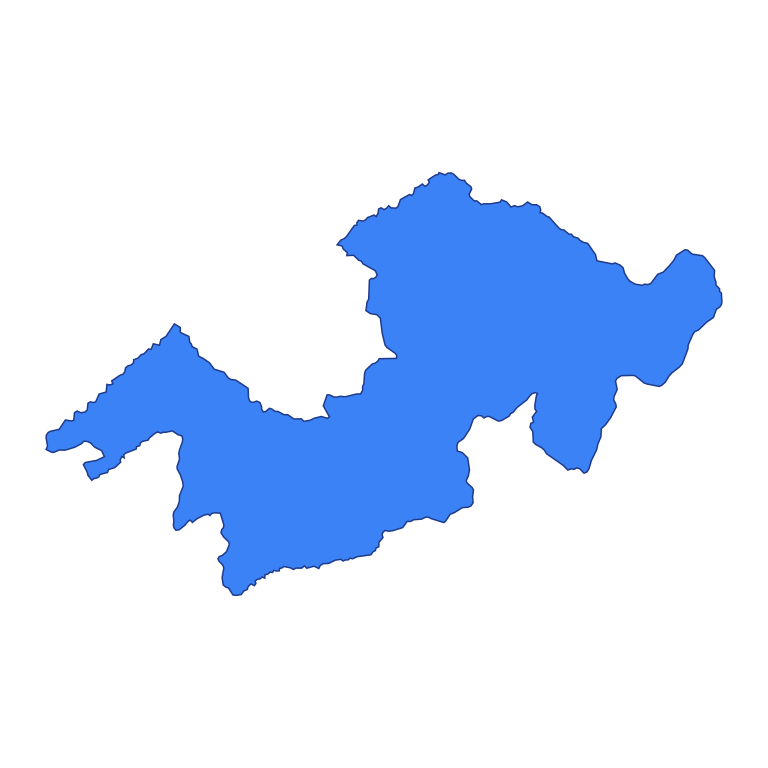 outline of Coração de Jesus, Minas Gerais, Brazil
{"feature_id": "56859067B17477073660102", "entity_name": "Coração de Jesus", "entity_type": "district", "adm_level": 2, "iso_a3": "BRA", "parent_name": "Brazil", "parent_adm1": "Minas Gerais", "projection": "orthographic", "projection_center": [-44.426, -16.615], "detail": "fine", "context": "isolated", "style": "filled", "palette": "blue", "viewbox_px": 768, "rotation_deg": 0, "n_neighbors": 0, "source": "geoboundaries", "source_scale": "gbopen_adm2", "svg_char_len": 6080}
<svg xmlns="http://www.w3.org/2000/svg" viewBox="0 0 768 768"><path d="M337.1,244.8L342.0,245.9L343.3,249.1L347.3,252.6L346.8,255.6L353.6,255.3L358.6,260.2L361.4,261.2L362.9,263.8L375.2,270.7L377.2,274.6L375.8,277.3L373.9,278.5L371.4,278.5L369.4,280.1L368.7,299.2L367.1,301.9L365.9,310.6L370.3,313.6L377.0,314.7L380.4,318.3L382.2,333.2L385.1,345.1L386.9,347.4L395.4,353.5L396.7,355.5L396.5,358.4L379.2,358.7L378.0,360.9L375.5,363.0L372.3,364.0L367.5,368.4L365.5,370.5L364.5,374.0L363.9,383.7L362.6,386.6L362.6,390.4L360.5,393.9L356.5,394.0L345.2,396.8L340.2,396.3L337.0,397.1L334.3,397.1L329.4,394.9L327.1,394.9L323.3,405.8L329.4,416.8L327.4,418.3L321.3,416.5L314.3,418.2L310.0,420.3L303.8,421.3L301.4,418.8L294.1,419.0L287.7,414.7L284.0,414.7L278.1,411.5L274.8,411.3L272.2,409.2L269.4,408.3L265.6,411.6L263.1,411.8L261.7,409.6L261.5,406.6L259.9,402.5L256.7,401.1L253.5,402.3L251.1,402.1L249.4,400.5L248.5,397.5L248.1,388.3L235.8,380.1L230.9,379.5L228.5,378.2L224.0,372.2L214.2,369.2L209.5,362.8L203.3,358.5L198.7,356.2L197.0,349.2L192.1,346.6L191.4,344.0L189.8,342.4L188.9,336.4L180.4,332.5L180.3,327.5L174.4,323.9L166.0,336.4L160.9,339.5L159.5,345.2L153.3,343.8L151.2,349.3L148.5,349.0L144.1,353.7L141.2,354.6L137.9,358.2L133.7,359.7L133.5,362.7L131.2,365.0L128.0,365.8L125.5,367.8L124.9,371.5L123.2,374.0L119.6,375.5L111.7,380.9L112.8,383.8L110.5,384.9L106.9,384.4L106.2,392.0L99.2,394.0L95.6,402.0L92.8,402.5L90.4,401.8L88.0,403.2L87.2,410.0L84.7,412.2L80.5,412.7L77.2,411.0L74.5,412.6L73.8,420.2L71.6,421.0L65.4,420.0L59.2,429.3L50.3,431.3L48.1,432.5L46.3,435.2L46.1,437.7L47.5,446.0L46.1,449.5L51.1,452.0L53.5,452.5L59.3,450.0L64.9,450.2L74.9,447.2L81.7,443.5L83.8,441.3L87.2,441.4L90.5,442.9L94.8,447.2L101.7,450.7L104.4,456.7L96.6,460.4L85.1,462.5L83.4,464.6L87.4,472.6L87.8,475.1L91.8,480.3L93.9,478.6L96.9,478.0L98.8,476.8L99.9,474.5L107.5,472.5L108.6,469.5L114.3,467.8L116.5,466.1L120.7,462.1L120.2,459.8L121.8,456.5L124.2,457.8L123.7,455.4L125.2,453.3L136.1,449.1L136.6,446.7L139.7,445.7L140.5,442.8L142.6,441.3L148.2,440.1L149.4,437.9L155.5,432.9L157.8,432.0L160.9,433.2L163.1,432.2L165.8,432.3L172.3,430.9L178.0,434.7L181.9,435.9L182.7,438.9L182.3,442.2L179.4,450.2L178.8,453.4L179.5,459.2L177.0,466.6L177.2,469.0L180.4,475.0L182.8,482.2L183.2,486.3L179.5,495.4L179.3,501.5L177.5,506.9L173.8,512.1L173.2,515.0L173.8,520.5L173.4,525.6L174.1,528.0L176.0,530.3L179.3,529.7L184.9,525.2L188.0,521.4L190.3,520.1L192.4,522.4L197.2,518.6L203.8,515.2L208.2,514.2L210.0,515.6L211.6,513.5L214.3,512.8L220.3,513.2L223.9,525.0L223.4,527.7L221.7,529.7L221.0,532.8L223.8,537.2L228.6,541.8L229.4,544.3L226.5,551.6L222.4,555.4L219.2,556.6L217.9,558.8L219.2,561.4L222.9,565.3L223.8,568.1L222.1,577.5L223.2,584.9L225.7,587.1L228.5,588.0L232.9,594.9L236.0,595.4L241.3,594.5L243.6,591.1L247.3,589.5L248.1,586.6L251.1,583.9L254.3,585.7L255.9,583.6L255.1,581.0L257.3,579.4L260.1,578.9L262.1,577.0L264.7,578.2L265.0,574.7L267.7,574.2L270.2,572.1L272.6,572.5L273.7,570.3L276.8,571.1L279.3,570.8L279.6,568.4L282.0,567.9L284.0,566.5L290.3,567.8L293.4,569.5L295.9,568.1L301.8,568.1L304.4,565.9L306.8,568.2L314.1,566.2L318.8,568.5L320.3,565.4L323.1,563.7L328.7,563.4L335.3,560.2L340.8,559.3L343.1,561.0L345.3,560.0L348.0,559.9L350.2,558.2L352.6,558.8L357.2,556.7L370.9,554.8L373.0,551.8L375.5,550.5L375.9,548.1L378.8,546.8L378.9,542.3L383.0,537.5L382.1,535.1L382.7,532.6L385.0,530.5L389.0,531.2L392.7,530.7L402.7,527.6L407.1,521.5L410.8,521.4L413.5,519.8L421.7,519.1L425.8,517.1L428.6,517.2L430.5,518.4L443.9,522.6L445.7,521.1L450.1,514.3L454.6,512.5L462.2,507.7L468.1,507.2L470.9,506.0L473.1,502.8L472.6,496.7L473.5,490.2L472.2,487.6L467.0,482.9L466.2,480.7L468.3,476.0L469.5,469.9L467.7,457.9L462.3,452.6L457.2,450.9L456.9,446.0L457.9,442.4L463.2,438.8L464.7,436.8L469.8,429.0L473.3,419.0L477.8,415.6L481.3,415.7L484.0,418.0L486.8,416.4L489.3,416.5L498.3,421.1L501.4,420.6L509.2,416.1L510.5,413.7L513.4,412.1L517.0,407.5L526.7,400.0L529.7,395.9L532.1,393.7L535.0,392.6L537.5,393.4L536.4,395.7L534.8,405.4L535.0,409.1L536.6,411.4L532.3,417.1L533.6,422.1L530.8,423.4L530.0,427.3L532.8,431.6L533.3,442.0L535.6,444.4L541.7,447.8L544.4,450.2L546.5,453.7L563.0,465.2L567.9,470.1L571.2,468.8L574.4,469.3L576.6,467.8L579.8,468.8L584.0,473.2L587.0,471.9L589.0,468.7L591.3,460.7L596.6,449.9L597.9,444.0L600.9,436.7L601.4,428.5L605.6,424.7L610.6,417.7L616.3,406.8L615.6,403.4L613.7,400.1L614.0,396.7L617.2,389.5L615.5,381.1L616.9,378.4L621.3,375.7L633.1,375.4L635.5,376.0L643.9,382.9L646.9,384.0L659.2,386.4L661.6,385.4L665.1,382.4L669.3,375.7L672.0,372.8L679.1,367.3L682.3,363.9L687.9,349.1L688.2,344.9L693.0,334.1L694.8,331.6L698.5,330.0L706.7,322.1L713.4,317.5L716.4,309.3L719.8,307.0L721.4,304.6L721.9,301.9L721.4,293.2L719.6,291.4L719.6,288.8L716.0,285.2L715.9,282.2L714.2,276.7L714.6,270.4L704.9,257.8L702.5,255.7L692.1,254.1L687.7,250.2L685.0,249.7L676.5,255.1L673.7,260.5L669.7,265.3L663.3,272.1L657.7,274.3L650.8,283.5L647.8,284.5L644.6,284.2L642.3,285.3L635.4,284.2L630.4,281.5L628.1,279.3L624.6,273.4L623.1,267.8L620.3,265.2L615.1,262.9L612.5,263.9L596.9,260.8L595.5,254.6L587.7,243.4L583.3,242.3L579.9,240.3L578.3,238.3L573.4,236.7L571.5,234.2L568.9,234.1L564.0,230.0L561.4,229.7L559.1,228.2L549.1,217.1L546.8,216.3L542.6,213.1L540.2,212.6L540.7,209.9L539.8,206.8L536.7,204.7L532.2,204.8L527.6,202.0L522.7,205.8L517.8,206.8L514.4,205.6L511.1,207.1L506.6,201.9L501.5,199.8L500.4,201.9L497.7,202.6L490.3,203.8L483.7,203.8L481.4,204.6L476.8,200.9L474.1,200.9L469.8,196.5L469.1,194.2L471.7,189.1L470.9,186.7L466.1,183.0L464.5,180.3L461.8,180.4L458.9,179.3L453.7,174.2L451.0,172.9L448.0,173.1L445.1,174.9L439.1,172.6L438.1,174.6L435.3,175.1L428.1,179.9L429.4,182.2L427.3,185.1L424.9,186.3L422.3,184.0L418.2,187.0L414.9,188.0L413.4,193.8L411.5,195.5L409.6,194.5L400.5,199.5L398.0,206.4L396.2,208.1L391.2,207.9L388.6,205.7L386.7,208.1L384.0,209.6L381.1,207.8L378.6,209.0L378.1,213.0L376.2,216.6L374.1,215.0L367.4,217.6L365.8,219.7L363.2,221.1L358.6,220.3L356.9,222.6L357.0,225.0L354.3,225.5L346.5,236.5L344.1,238.7L340.8,240.1L337.1,244.8Z" fill="#3b82f6" stroke="#1e3a8a" stroke-width="1.5"/></svg>